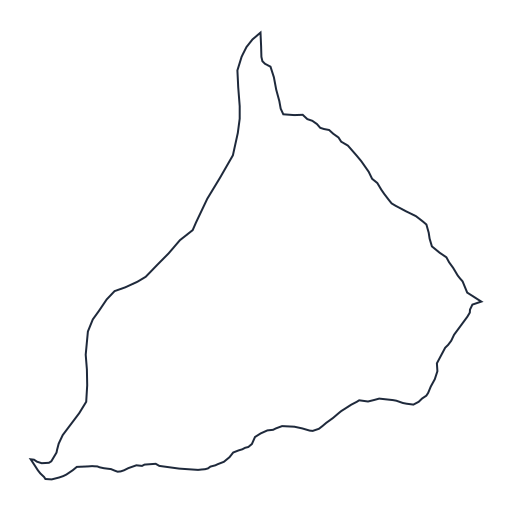 Barzhong, Chirang, Bhutan
{"feature_id": "84629894B8862847881254", "entity_name": "Barzhong", "entity_type": "district", "adm_level": 2, "iso_a3": "BTN", "parent_name": "Bhutan", "parent_adm1": "Chirang", "projection": "mercator", "projection_center": [90.069, 26.941], "detail": "fine", "context": "isolated", "style": "outline", "palette": "slate", "viewbox_px": 512, "rotation_deg": 0, "n_neighbors": 0, "source": "geoboundaries", "source_scale": "gbopen_adm2", "svg_char_len": 2296}
<svg xmlns="http://www.w3.org/2000/svg" viewBox="0 0 512 512"><path d="M270.5,66.7L265.0,63.8L262.4,61.2L261.4,56.9L261.1,46.1L260.5,32.6L252.5,39.4L246.5,47.0L242.9,54.1L241.6,56.8L237.4,70.4L238.0,82.6L238.2,87.0L239.7,106.2L239.7,118.7L237.8,133.0L232.9,155.3L220.1,177.6L207.3,198.7L196.0,222.5L192.7,230.1L179.9,240.2L168.6,253.4L157.4,264.7L145.7,276.8L137.5,281.7L125.1,287.4L114.6,291.1L106.7,299.4L98.8,311.1L92.8,319.4L87.9,331.5L85.7,354.7L86.9,369.5L87.2,385.3L86.2,401.8L79.2,413.2L62.7,435.1L58.7,443.6L57.1,449.7L56.5,452.6L51.3,461.3L48.9,462.8L41.7,463.2L37.0,461.7L34.0,459.7L30.7,459.3L35.3,466.3L37.8,470.2L40.3,473.4L44.1,477.0L45.4,479.0L51.7,479.4L59.1,477.5L63.2,476.1L66.3,474.6L72.8,470.2L76.8,466.9L83.8,466.6L88.3,466.4L92.2,466.1L94.7,466.3L97.3,466.4L99.6,467.3L103.8,468.2L107.7,468.7L111.0,469.1L114.6,470.6L117.6,471.7L120.7,471.4L124.0,470.3L128.4,468.1L136.4,465.3L142.0,465.9L144.5,464.6L155.7,463.8L159.3,465.9L179.1,468.6L190.7,469.4L198.1,469.9L201.6,469.5L205.1,469.2L208.0,468.4L210.4,466.6L215.4,465.3L217.7,464.2L223.9,461.8L226.2,459.9L229.5,457.2L233.2,452.5L238.6,450.4L242.3,449.3L245.1,447.8L248.3,447.0L251.9,444.0L255.0,437.0L260.7,433.4L267.4,430.4L273.1,429.8L275.9,428.4L282.1,426.1L294.3,426.7L302.2,428.4L309.7,430.6L312.7,430.9L318.9,428.8L322.4,426.1L326.3,422.8L333.1,417.9L335.8,415.6L339.1,412.8L341.2,411.1L351.2,404.7L356.8,401.8L359.2,400.3L368.0,401.5L374.1,400.0L379.2,398.6L393.0,400.1L396.3,400.7L402.9,403.0L406.5,403.7L413.4,404.6L418.7,401.8L422.1,398.5L426.3,395.7L428.1,393.0L430.8,386.5L434.8,379.2L437.4,371.2L436.9,363.3L445.2,347.7L448.1,344.9L451.2,340.8L454.1,334.7L464.2,321.0L467.3,316.8L469.8,312.6L470.0,309.6L472.4,304.6L481.3,301.6L467.2,292.6L462.6,281.4L459.9,278.3L457.7,275.5L453.1,267.8L449.1,262.3L446.4,257.3L439.6,252.7L431.9,246.4L429.6,238.6L428.7,232.7L426.4,224.5L423.1,221.7L416.0,216.2L405.8,211.2L395.8,205.9L391.6,203.4L388.4,199.4L384.2,193.9L381.3,189.7L377.3,183.0L372.1,178.8L368.7,171.8L364.5,165.8L361.2,161.1L356.8,155.8L347.9,145.6L341.2,141.7L338.5,137.5L333.3,133.8L329.1,130.0L323.9,129.0L320.2,127.8L317.0,124.1L312.3,120.8L307.3,119.1L302.7,114.8L294.3,115.1L283.3,114.3L280.7,108.7L279.3,101.0L276.2,89.6L273.9,77.3L270.5,66.7Z" fill="none" stroke="#1e293b" stroke-width="2"/></svg>